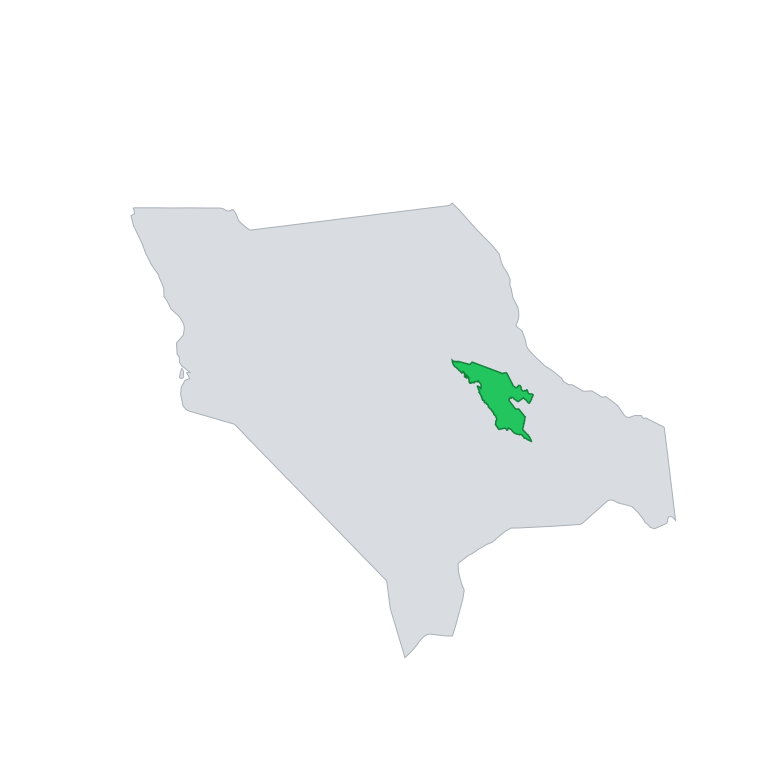 Turkana East, Rift Valley, Kenya shown in context, rotated 136°
{"feature_id": "3690345B18632189504967", "entity_name": "Turkana East", "entity_type": "district", "adm_level": 2, "iso_a3": "KEN", "parent_name": "Kenya", "parent_adm1": "Rift Valley", "projection": "equal_earth", "projection_center": [36.31, 1.871], "detail": "fine", "context": "in_parent", "style": "filled", "palette": "green", "viewbox_px": 768, "rotation_deg": 136, "n_neighbors": 0, "source": "geoboundaries", "source_scale": "gbopen_adm2", "svg_char_len": 8515}
<svg xmlns="http://www.w3.org/2000/svg" viewBox="0 0 768 768"><g transform="rotate(136 384 384)"><path d="M209.2,466.8L209.0,456.7L210.1,431.1L209.9,408.6L210.9,397.3L215.0,390.2L216.9,385.0L218.3,377.7L220.5,371.8L225.3,367.0L226.2,364.4L231.4,356.3L234.5,346.0L236.9,342.5L239.8,339.2L241.9,337.5L245.3,335.8L247.9,334.9L248.4,334.0L248.7,332.4L247.8,326.0L248.9,323.9L250.7,319.6L252.8,315.6L254.7,313.1L255.7,310.5L256.2,306.0L256.3,302.8L256.3,297.6L255.7,285.7L253.5,275.8L252.2,264.7L253.2,261.1L251.4,254.6L250.6,254.2L249.2,252.8L247.4,246.7L246.0,241.1L245.2,239.7L239.3,234.8L236.4,223.2L233.1,220.7L231.3,209.2L231.0,205.9L232.8,194.5L232.7,191.9L230.7,189.5L225.2,187.0L220.7,182.3L221.3,180.7L221.6,179.0L219.3,177.8L212.5,158.3L221.3,146.5L230.2,134.6L241.6,119.6L252.0,105.8L261.1,93.9L269.1,83.2L268.9,85.3L269.0,88.0L270.0,89.6L271.6,90.7L273.9,89.5L275.9,87.9L277.9,87.5L290.0,92.0L292.0,95.8L291.9,100.0L292.4,103.0L291.5,106.0L290.5,115.2L290.8,123.6L294.4,129.8L297.6,134.7L300.2,141.5L302.1,143.6L304.7,144.7L313.1,145.0L325.4,145.5L337.2,145.9L338.3,146.0L340.8,147.0L351.7,156.2L361.7,164.7L370.2,172.1L378.4,179.3L386.4,186.2L392.6,192.0L398.7,193.8L408.6,194.6L415.5,194.9L421.8,197.3L431.2,199.6L438.3,200.7L442.5,202.0L454.3,203.4L456.3,202.6L461.5,196.2L467.3,185.8L469.5,180.0L477.1,174.3L490.3,166.4L499.6,160.8L509.9,155.2L514.7,160.0L521.2,167.9L524.1,171.7L526.4,173.5L529.9,174.6L534.2,174.6L536.6,174.4L541.4,173.4L552.6,172.5L559.0,172.6L553.6,183.0L547.2,195.4L535.3,218.4L526.3,230.5L519.4,239.6L518.8,241.3L518.9,251.4L519.0,276.3L519.1,326.1L519.3,375.9L519.5,425.8L519.5,450.7L519.5,459.0L525.6,469.5L531.4,479.7L539.2,493.3L543.3,500.5L544.0,502.9L543.8,507.8L537.4,517.9L532.2,522.5L525.1,524.7L523.0,524.3L520.2,522.9L519.1,525.3L518.3,529.1L516.8,528.3L515.6,527.2L516.3,533.9L517.0,537.2L516.0,541.7L512.5,545.7L512.2,549.0L504.8,557.7L494.3,558.6L488.8,562.9L486.3,566.5L484.4,574.2L485.1,586.0L482.1,595.1L481.6,599.7L476.1,605.6L473.7,611.0L471.9,616.5L470.4,618.9L468.5,631.3L466.0,638.8L465.3,641.3L464.7,643.5L462.7,647.9L461.4,650.9L460.5,652.9L454.1,672.1L449.1,680.8L445.2,679.8L442.6,683.2L442.3,684.8L440.9,683.9L437.6,680.7L430.9,674.2L424.2,667.7L417.5,661.1L410.8,654.6L404.0,648.1L397.3,641.6L390.6,635.0L383.9,628.5L379.9,624.7L378.2,622.4L376.8,617.9L376.1,616.8L374.4,615.4L372.2,615.1L371.6,614.2L371.7,612.0L372.4,608.9L374.9,602.9L375.1,599.4L374.7,595.4L373.9,589.0L373.2,587.5L368.8,584.2L359.4,577.2L350.1,570.1L340.7,563.1L331.4,556.1L322.0,549.0L312.7,542.0L303.3,535.0L294.0,528.0L284.6,520.9L275.3,513.9L265.9,506.9L256.6,499.8L247.2,492.8L237.9,485.8L228.5,478.7L219.2,471.7L215.7,469.0L212.5,466.8L209.2,466.8ZM520.2,535.1L518.6,535.7L519.4,532.3L524.2,527.9L526.2,528.9L526.5,529.9L526.4,530.8L525.6,531.7L520.2,535.1Z" fill="#d9dde1" stroke="#a8b0b8" stroke-width="1"/><path d="M318.1,240.4L317.7,240.4L317.7,240.6L317.5,241.3L317.1,241.6L317.0,242.0L316.9,242.5L316.9,242.9L316.9,243.2L316.4,244.0L316.1,244.7L316.1,245.1L316.2,246.2L316.2,246.4L316.0,246.9L315.6,247.4L315.7,247.8L316.1,248.3L316.1,248.7L315.9,250.7L315.9,254.5L315.8,254.9L315.4,255.4L312.6,257.1L312.1,257.6L311.6,258.3L310.8,258.1L310.6,258.2L310.2,258.7L309.6,259.2L309.1,259.6L308.4,259.8L308.2,260.0L307.9,260.4L307.4,260.7L307.1,261.1L306.8,261.4L306.3,261.6L305.9,261.9L305.3,262.1L305.2,262.3L305.1,262.6L305.4,263.5L305.0,265.4L304.8,268.8L304.5,271.4L304.4,272.3L304.5,272.5L305.2,272.8L305.9,273.9L306.4,274.5L306.6,274.9L306.6,275.8L306.6,277.0L306.2,278.9L305.9,282.3L305.3,285.9L304.7,285.9L303.9,286.4L303.6,286.4L303.3,286.0L303.0,285.9L302.4,285.5L302.2,285.8L301.7,286.1L301.3,285.4L300.7,284.8L300.6,284.5L300.6,284.0L300.9,282.8L300.8,282.4L300.3,280.9L300.3,279.7L299.9,278.4L299.7,278.1L293.4,277.2L293.2,277.1L293.3,276.4L293.2,276.0L293.3,275.6L293.4,275.2L293.1,274.5L293.0,274.1L293.1,273.1L293.0,272.5L293.0,271.9L293.3,271.3L293.4,270.9L293.2,270.3L293.2,269.8L293.1,269.5L293.0,269.4L292.7,269.3L292.2,269.3L291.8,269.5L291.2,269.8L290.8,269.7L290.5,269.8L289.9,270.4L289.2,270.3L288.9,270.3L288.4,270.7L288.1,270.8L287.7,271.2L287.4,271.4L287.0,271.6L286.2,271.5L285.8,271.7L285.5,272.0L284.8,272.2L284.2,272.7L284.4,273.7L284.7,274.2L285.5,275.1L286.4,275.9L286.5,276.2L286.6,276.4L286.6,276.8L286.5,277.4L286.1,278.2L285.8,279.0L285.2,279.9L285.2,280.2L285.2,280.4L285.5,280.7L286.7,280.5L286.9,280.7L287.2,281.5L287.4,281.6L288.0,281.5L288.4,281.7L288.7,282.1L289.0,282.6L289.1,283.3L289.1,284.0L289.0,284.4L288.9,284.7L288.7,285.1L288.0,285.9L287.4,287.0L287.2,287.7L287.3,288.4L287.7,289.0L288.3,289.5L288.4,289.3L288.6,289.2L290.3,289.2L291.1,289.3L291.6,289.6L291.9,289.9L292.0,291.5L292.4,292.8L292.4,293.2L292.0,293.7L291.6,294.9L291.2,296.3L288.1,306.8L288.8,307.5L289.1,307.8L289.7,308.4L290.6,308.7L290.7,308.9L291.1,309.1L291.6,309.2L292.1,310.6L305.4,338.5L308.7,338.4L315.1,349.0L316.1,348.8L316.2,349.1L316.3,349.3L316.4,350.0L316.6,350.4L317.1,350.6L317.2,350.9L317.4,351.1L317.6,351.0L318.0,351.2L318.0,351.3L318.2,351.5L318.3,351.9L318.2,352.0L318.2,352.5L318.4,353.1L318.4,353.7L319.5,352.3L320.1,351.3L320.7,349.5L320.9,348.4L321.0,347.4L320.6,346.0L320.6,345.2L320.5,344.8L320.6,344.1L320.4,343.5L320.4,343.2L320.4,342.5L320.6,341.9L320.6,341.6L320.4,340.6L320.2,340.2L320.3,339.8L320.2,339.7L320.5,338.8L320.6,338.1L320.3,337.9L320.1,337.9L319.6,337.4L318.6,338.2L318.3,338.1L318.2,337.4L318.5,337.0L318.6,336.2L318.5,335.4L319.0,334.9L319.4,335.0L319.6,334.6L319.6,334.4L319.3,333.9L319.3,333.4L319.2,333.1L318.9,333.6L318.5,333.4L318.2,332.9L318.3,332.5L318.5,332.5L318.6,332.1L318.9,332.3L319.1,332.0L319.4,332.2L319.7,332.7L320.0,332.7L320.8,333.6L321.0,333.3L320.9,332.4L320.6,332.0L320.4,331.5L320.3,331.3L320.3,330.7L319.8,330.8L319.6,331.0L319.3,330.8L318.9,330.8L318.8,330.3L318.5,330.3L318.4,330.0L318.5,329.7L318.9,329.7L319.2,329.0L319.6,328.7L319.7,328.0L319.8,327.8L320.2,327.6L320.6,327.0L321.3,326.5L321.6,325.8L321.6,324.9L321.4,324.7L321.1,324.9L320.9,324.2L320.5,324.2L320.3,324.2L319.9,324.3L319.9,323.9L319.6,323.9L319.1,323.2L318.7,322.9L318.5,322.4L318.3,322.2L318.1,322.1L317.8,322.4L317.6,322.4L317.3,322.6L316.7,322.6L316.4,322.4L315.4,320.8L315.2,320.6L313.9,321.0L313.8,320.9L313.8,320.7L314.3,319.4L314.2,318.9L314.3,318.6L314.2,318.4L314.3,318.1L314.4,316.8L314.5,316.3L315.0,315.8L315.8,314.8L316.3,314.5L316.8,314.7L316.9,313.8L317.4,313.2L317.7,313.8L317.6,314.5L317.5,314.8L317.6,316.4L318.2,317.5L318.4,317.4L318.6,317.3L319.3,315.3L319.6,314.8L319.8,314.6L319.9,314.1L320.1,313.7L320.1,313.2L320.3,312.9L320.5,312.1L320.6,311.9L320.8,311.9L321.1,312.2L321.4,312.2L321.5,311.5L321.7,310.8L321.8,309.6L322.1,309.0L322.3,308.3L322.5,308.1L322.5,306.8L323.0,306.7L323.2,306.4L323.3,306.3L323.2,306.0L323.4,305.6L323.5,305.1L323.8,304.6L324.0,304.6L324.0,304.2L324.3,303.7L324.2,303.3L324.1,303.7L323.9,303.8L323.9,303.3L323.6,303.1L323.6,302.8L323.6,302.7L323.9,302.8L323.9,302.7L323.8,302.3L324.1,302.0L324.2,301.7L324.2,301.4L324.6,300.8L324.1,300.5L323.7,299.8L323.7,299.4L323.8,299.3L324.0,299.4L324.1,299.2L324.2,298.4L324.1,298.1L323.9,298.3L323.8,298.1L323.7,296.7L323.8,296.5L324.0,296.3L324.0,296.2L324.2,295.9L324.3,295.7L324.5,295.3L324.8,295.1L324.7,294.8L324.9,293.9L324.8,292.9L324.9,291.7L324.7,292.1L324.5,291.9L324.6,291.2L324.9,290.7L325.1,289.6L325.1,289.4L324.8,289.2L324.9,288.9L325.0,288.9L325.1,289.1L325.1,288.4L325.0,288.1L325.1,287.9L325.1,287.5L325.3,287.5L325.3,287.3L325.5,286.9L325.5,286.5L326.1,286.0L326.0,284.6L326.0,283.9L325.9,283.5L325.9,283.2L326.6,282.2L326.7,281.8L326.7,281.3L326.9,280.8L327.0,280.7L327.5,280.3L327.9,279.8L328.0,279.8L327.9,280.1L328.4,279.9L329.1,279.7L329.6,279.4L330.0,279.1L330.6,278.4L331.0,278.0L331.9,277.6L332.0,277.4L331.9,276.5L332.0,276.3L332.3,276.1L332.4,275.8L332.3,275.2L332.5,274.7L332.4,274.4L332.2,274.0L332.2,273.8L332.5,273.6L332.8,273.2L332.8,272.4L332.9,271.5L327.5,268.1L327.5,265.5L327.6,265.4L327.2,265.0L326.8,265.3L326.5,265.4L326.4,265.5L326.1,265.5L325.7,266.0L325.4,265.8L325.2,265.6L324.9,265.5L324.8,265.3L324.5,263.9L324.1,263.0L324.2,262.3L324.4,261.4L324.3,260.7L324.3,260.2L324.4,259.8L324.4,258.5L324.2,258.3L324.1,257.9L323.7,256.3L322.8,255.4L322.0,253.9L321.9,253.4L321.5,253.4L321.1,253.2L320.5,252.4L320.5,252.2L320.3,251.9L320.3,251.4L320.2,250.8L320.3,249.8L320.2,249.2L320.4,248.5L320.8,247.7L320.4,247.3L320.1,247.2L320.0,246.9L319.6,245.9L319.6,245.3L319.5,244.3L319.3,243.9L318.5,242.1L318.1,241.0L318.1,240.4Z" fill="#22c55e" stroke="#15803d" stroke-width="1.5"/></g></svg>